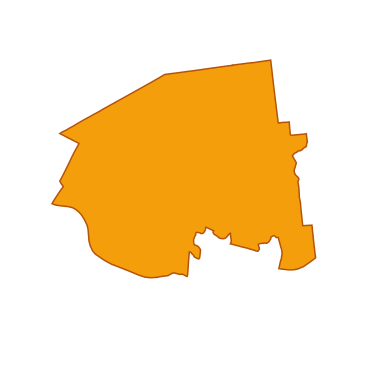 outline of Radovanu, Calarasi, Romania, rotated 153°
{"feature_id": "2599482B28336823997090", "entity_name": "Radovanu", "entity_type": "district", "adm_level": 2, "iso_a3": "ROU", "parent_name": "Romania", "parent_adm1": "Calarasi", "projection": "mercator", "projection_center": [26.509, 44.188], "detail": "fine", "context": "isolated", "style": "filled", "palette": "amber", "viewbox_px": 384, "rotation_deg": 153, "n_neighbors": 0, "source": "geoboundaries", "source_scale": "gbopen_adm2", "svg_char_len": 5675}
<svg xmlns="http://www.w3.org/2000/svg" viewBox="0 0 384 384"><g transform="rotate(153 192 192)"><path d="M142.8,302.0L146.6,303.3L153.8,305.8L154.3,306.0L154.7,306.2L162.4,308.9L162.9,309.1L164.6,309.0L170.8,308.6L190.0,307.8L217.5,306.8L225.6,306.5L231.7,306.3L234.2,306.2L240.2,305.8L242.0,305.8L244.1,305.8L245.9,305.7L247.3,305.6L251.8,305.5L255.7,305.4L257.8,305.3L261.0,305.1L263.0,305.0L266.0,304.8L268.8,304.6L271.2,304.6L272.8,304.5L275.0,304.3L276.6,304.3L277.5,304.3L278.3,304.4L281.3,304.3L282.4,304.2L283.2,304.1L278.0,296.7L275.7,293.6L273.4,290.4L270.7,286.7L271.1,286.2L276.5,282.5L279.6,280.4L282.8,278.0L288.1,273.9L292.8,270.4L297.5,266.9L299.3,265.6L301.4,264.1L302.9,263.1L304.8,261.8L304.8,259.7L304.8,259.1L304.4,256.7L304.3,256.3L304.1,255.3L309.1,252.8L317.0,248.3L318.6,247.4L322.0,245.2L321.5,244.5L320.4,243.2L318.4,241.5L318.2,241.4L316.8,240.4L315.5,239.5L314.8,239.0L311.0,236.5L309.9,235.8L308.6,234.9L305.5,232.2L303.5,229.2L301.9,225.5L300.9,221.8L300.4,216.5L300.5,210.4L301.5,206.1L306.0,195.2L307.1,190.4L307.3,184.9L306.4,180.8L303.9,176.0L300.8,170.5L296.5,164.2L291.7,158.9L285.0,151.3L277.2,142.2L272.9,137.8L270.4,136.1L267.8,134.4L261.9,131.8L260.3,131.4L259.1,131.1L256.1,130.1L254.7,129.6L252.8,128.9L251.6,128.4L250.4,128.4L248.3,128.6L245.9,128.5L244.5,127.9L243.1,126.6L241.7,125.4L240.6,124.3L240.0,124.0L239.2,123.7L238.5,123.2L238.2,123.2L237.8,123.2L235.7,120.2L235.3,119.5L235.0,119.2L234.8,119.0L234.7,119.0L234.4,119.1L234.0,119.6L233.8,119.8L230.8,124.7L230.2,125.6L229.2,127.4L228.8,128.1L224.9,134.5L223.1,137.4L222.3,138.7L221.7,139.6L221.6,139.8L221.4,139.7L221.0,139.4L220.8,139.2L220.5,138.8L220.4,138.4L219.8,136.2L219.7,135.8L219.5,135.2L219.4,135.0L219.4,134.4L219.5,133.6L219.3,133.2L219.2,132.7L219.0,132.4L218.1,131.3L217.5,130.4L217.1,130.0L216.7,129.5L216.6,129.4L216.4,129.3L215.5,129.6L215.1,129.8L215.0,130.0L214.8,130.4L214.0,131.4L213.6,132.1L212.5,133.7L211.5,135.3L210.8,136.3L210.7,136.8L210.7,137.6L210.9,139.0L211.1,140.4L212.1,142.0L212.8,142.8L213.4,143.2L213.8,144.0L213.8,144.9L213.7,145.3L213.5,146.0L213.3,146.6L213.0,147.2L212.1,149.0L211.6,149.5L211.2,149.8L210.5,150.4L210.2,150.6L209.8,151.0L209.6,151.3L209.0,151.7L208.6,151.9L208.1,152.2L208.0,152.3L207.8,152.6L207.7,152.8L207.6,153.2L207.5,153.4L207.3,153.7L207.0,153.8L206.7,153.9L206.3,154.0L206.1,154.0L205.8,153.8L205.2,153.2L204.9,153.0L203.6,152.2L202.9,150.9L202.6,150.7L202.4,150.6L201.9,150.4L201.5,150.3L200.8,150.3L200.2,150.5L199.7,150.6L199.1,150.9L198.4,151.4L197.9,151.8L197.3,152.3L197.0,152.5L196.7,152.9L196.5,153.3L195.9,154.0L195.5,154.3L190.3,147.6L191.5,146.8L191.6,145.9L191.7,144.8L191.4,144.3L191.0,143.5L190.2,142.2L189.6,141.2L189.0,139.6L188.6,138.8L187.7,137.7L186.8,137.1L185.5,136.2L184.1,135.8L182.8,135.8L181.2,136.3L178.4,137.5L177.6,137.8L176.6,138.0L176.4,137.7L176.6,137.5L176.7,137.3L177.0,136.9L177.3,136.1L177.4,135.8L177.9,134.2L178.9,131.4L179.2,130.7L179.5,130.1L179.7,129.7L179.9,129.6L180.3,129.2L180.7,129.0L181.2,128.6L181.4,128.4L180.9,128.0L179.9,127.1L176.9,124.4L176.3,123.9L176.1,123.8L175.4,123.1L172.1,120.1L168.4,117.0L166.8,115.4L163.8,112.6L162.5,111.4L162.1,110.7L161.7,110.4L161.0,109.9L160.2,109.3L159.6,109.5L157.9,110.5L157.4,111.8L157.3,112.9L157.1,114.0L156.6,115.3L155.7,115.3L154.6,115.0L153.6,114.8L152.1,114.1L151.5,113.7L151.1,113.7L150.5,113.6L150.2,113.5L150.0,113.3L149.7,113.0L149.3,112.7L148.7,112.4L148.1,112.4L147.5,112.5L146.3,112.7L145.4,113.1L144.4,113.8L143.3,114.3L142.8,114.8L142.4,115.8L142.2,115.9L141.6,116.0L140.5,116.0L139.6,116.1L138.8,115.9L138.4,115.7L138.1,115.1L137.9,114.1L137.7,113.4L137.2,112.9L136.6,112.6L135.8,112.4L135.9,111.9L136.3,110.1L137.3,105.1L137.6,104.0L138.1,101.2L138.2,100.6L138.3,100.0L138.5,99.2L138.7,98.7L138.8,98.3L138.9,97.9L139.0,97.8L139.6,96.5L139.9,96.0L140.2,95.6L140.5,95.0L140.7,94.8L141.9,93.3L142.0,93.1L142.3,92.6L142.9,91.6L143.1,91.3L143.6,91.2L144.1,90.8L145.0,89.6L145.7,88.7L145.9,88.6L149.4,84.3L146.7,82.3L141.0,78.6L136.6,76.5L132.7,75.4L129.7,75.2L126.8,74.9L119.9,75.8L114.0,76.8L111.7,77.3L110.6,80.3L109.9,82.7L109.4,83.7L107.9,87.8L107.2,89.8L106.8,90.8L105.5,94.2L104.4,97.0L103.3,99.8L102.4,102.4L100.9,106.0L100.7,106.7L100.3,107.8L100.2,108.0L108.6,111.7L107.9,113.7L107.6,114.4L107.0,116.1L105.2,120.7L103.7,124.7L103.5,125.3L101.7,129.8L101.0,131.3L100.8,131.9L100.6,132.4L100.3,133.1L100.0,133.9L99.8,134.6L99.7,135.1L99.6,135.9L99.4,136.3L99.2,136.6L99.1,137.3L98.9,138.0L98.9,138.3L98.4,139.3L98.2,139.9L98.1,140.2L97.9,140.4L97.7,140.7L97.2,142.0L96.7,143.0L96.4,143.7L95.9,144.8L94.8,147.6L94.3,148.9L94.0,149.4L94.1,149.8L93.2,152.2L92.9,153.0L92.8,153.3L92.3,153.7L91.7,154.2L91.0,154.7L90.9,155.0L90.8,155.5L90.8,156.0L90.8,156.5L91.1,157.6L92.0,160.2L92.0,162.4L91.4,164.3L90.6,165.5L88.4,167.8L86.7,169.6L85.8,170.5L85.8,171.1L85.8,172.1L85.8,173.2L86.0,174.6L86.0,176.8L86.3,178.5L85.3,179.0L83.7,179.8L82.9,180.0L81.8,179.8L80.1,180.0L79.6,180.2L79.0,180.3L78.2,180.2L77.0,179.6L74.1,179.8L73.3,180.3L72.1,180.5L70.5,180.5L70.2,180.5L69.6,180.7L69.2,181.1L68.3,182.4L67.7,183.2L66.8,183.9L66.6,184.0L63.7,192.0L64.8,192.3L66.6,193.0L72.6,195.4L75.9,196.7L77.7,197.5L78.0,197.8L78.2,198.0L78.4,198.4L73.6,210.3L77.7,211.8L77.8,212.1L83.8,214.4L78.0,230.5L72.3,246.2L70.1,252.0L68.3,256.9L67.7,258.6L65.9,263.3L64.5,267.1L62.5,272.5L62.0,273.8L63.6,274.3L74.9,278.2L77.5,279.0L84.1,281.6L90.7,283.9L92.2,284.5L96.6,286.0L97.8,286.6L98.3,286.8L98.4,286.3L100.7,287.3L101.7,287.7L104.1,288.5L106.0,289.2L115.2,292.4L116.1,292.7L121.6,294.6L129.9,297.4L137.0,299.9L138.8,300.5L139.8,300.9L142.0,301.7L142.8,302.0Z" fill="#f59e0b" stroke="#b45309" stroke-width="1.5"/></g></svg>